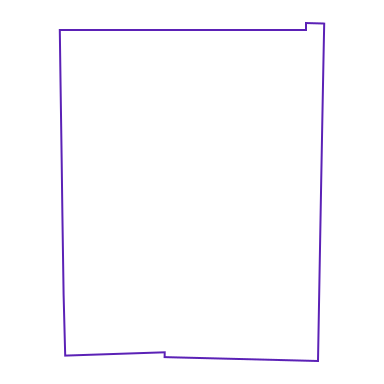 outline of Loventué, La Pampa, Argentina
{"feature_id": "61730980B54162974925510", "entity_name": "Loventué", "entity_type": "district", "adm_level": 2, "iso_a3": "ARG", "parent_name": "Argentina", "parent_adm1": "La Pampa", "projection": "natural_earth1", "projection_center": [-65.521, -36.478], "detail": "fine", "context": "isolated", "style": "outline", "palette": "violet", "viewbox_px": 384, "rotation_deg": 0, "n_neighbors": 0, "source": "geoboundaries", "source_scale": "gbopen_adm2", "svg_char_len": 440}
<svg xmlns="http://www.w3.org/2000/svg" viewBox="0 0 384 384"><path d="M59.8,30.0L60.5,80.3L61.7,162.5L62.4,215.1L63.6,294.6L65.2,355.6L71.3,355.4L164.7,352.3L164.7,353.0L164.6,357.1L167.8,357.2L318.0,361.0L318.9,310.6L319.6,270.7L321.2,181.2L322.4,116.4L323.5,58.6L324.2,23.6L323.3,23.5L307.9,23.1L306.0,23.0L306.0,29.2L306.0,30.0L304.7,30.0L285.0,30.0L265.3,30.0L63.7,30.0L59.8,30.0Z" fill="none" stroke="#5b21b6" stroke-width="2"/></svg>